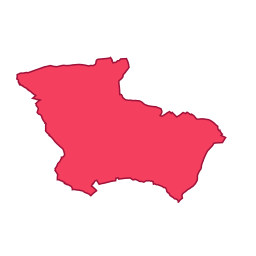 the district of Zau De Campie, Mures, Romania, rotated 341°
{"feature_id": "2599482B76504610301788", "entity_name": "Zau De Campie", "entity_type": "district", "adm_level": 2, "iso_a3": "ROU", "parent_name": "Romania", "parent_adm1": "Mures", "projection": "robinson", "projection_center": [24.155, 46.61], "detail": "fine", "context": "isolated", "style": "filled", "palette": "rose", "viewbox_px": 256, "rotation_deg": 341, "n_neighbors": 0, "source": "geoboundaries", "source_scale": "gbopen_adm2", "svg_char_len": 5729}
<svg xmlns="http://www.w3.org/2000/svg" viewBox="0 0 256 256"><g transform="rotate(341 128 128)"><path d="M151.2,214.9L151.6,214.5L153.7,213.1L156.2,212.2L156.6,212.1L156.7,211.7L156.8,210.4L156.9,209.8L157.0,209.5L157.4,208.9L157.8,208.4L158.1,208.1L158.6,207.8L160.3,207.1L161.4,206.9L162.7,206.4L164.0,205.8L167.1,205.2L168.4,204.7L169.6,204.4L170.3,204.3L171.4,203.7L173.1,202.8L174.3,201.9L175.9,200.5L176.4,199.9L177.2,198.4L177.7,196.7L178.0,195.9L178.5,195.1L179.0,194.5L180.4,193.0L181.2,192.2L182.9,190.9L183.2,190.8L183.5,190.5L184.2,189.5L184.6,188.9L185.5,186.9L187.1,184.8L188.2,183.6L189.3,182.1L192.7,178.4L195.0,176.2L196.0,175.4L199.1,173.8L202.2,172.1L203.6,170.9L203.9,170.6L204.5,170.4L206.8,170.9L210.6,172.0L212.6,172.5L217.2,168.8L213.6,165.3L215.2,164.5L214.9,164.0L214.6,163.2L214.1,161.2L214.1,160.6L213.9,160.9L212.9,159.4L212.8,158.9L212.8,158.1L212.9,157.0L213.4,155.6L213.1,155.2L212.5,154.3L211.6,152.6L211.1,151.5L209.3,148.8L207.7,147.1L207.0,146.4L206.4,146.1L203.1,144.4L202.2,143.9L200.5,143.3L197.6,142.6L196.1,142.0L195.8,141.8L195.6,141.4L194.4,138.2L194.0,137.5L193.2,136.4L192.6,135.6L191.9,136.0L190.0,133.7L189.5,132.9L189.1,132.4L188.8,132.3L187.9,132.7L187.3,133.1L187.1,133.0L185.9,132.0L185.1,131.3L183.9,131.7L182.5,132.2L180.8,132.8L177.7,133.4L174.8,127.6L173.6,128.2L172.7,126.0L169.7,126.5L168.6,126.8L168.3,127.0L167.6,127.2L166.3,127.4L164.5,127.9L164.0,127.9L163.2,127.4L162.4,126.7L164.4,125.1L165.2,123.9L165.3,123.6L165.5,122.9L165.5,122.4L165.4,121.2L165.5,120.7L164.6,119.8L162.5,118.1L161.7,117.3L161.2,117.0L158.3,115.7L154.8,113.9L154.1,113.4L152.9,112.4L151.8,111.6L151.0,110.6L149.7,108.3L148.7,107.1L147.6,106.1L146.9,105.7L146.0,105.4L145.2,105.0L144.2,104.5L140.5,103.3L140.4,103.1L139.7,102.6L137.1,101.8L136.2,101.2L135.2,100.8L134.7,100.3L134.4,99.9L133.8,98.9L133.2,98.1L132.9,97.6L133.0,97.4L132.9,97.1L133.0,96.3L132.9,95.6L132.9,95.1L132.7,94.7L132.6,94.4L132.1,93.9L132.2,94.3L131.1,93.7L132.5,89.0L133.3,85.8L133.8,83.3L134.7,80.5L135.7,80.1L136.5,79.8L137.1,79.5L137.6,79.4L138.1,79.2L140.0,77.8L140.5,76.5L140.9,76.0L142.4,75.2L143.6,74.5L145.4,73.2L146.2,72.8L148.8,70.9L148.8,69.8L149.3,67.9L149.3,67.2L149.4,65.1L149.1,61.9L146.0,61.0L143.5,60.3L142.6,60.9L141.9,61.2L141.6,61.4L141.2,61.4L140.3,61.1L139.9,61.1L139.4,61.3L138.8,61.7L138.0,62.0L136.9,61.6L136.2,61.6L135.1,61.6L135.1,61.2L134.7,59.5L134.9,59.5L134.9,59.1L135.1,58.7L135.0,58.0L134.5,55.9L134.4,56.0L130.4,55.3L122.2,53.3L121.3,53.3L120.9,53.4L120.1,53.9L119.6,54.5L118.7,56.3L118.1,56.9L117.8,57.1L117.2,57.4L115.8,57.6L115.1,57.5L114.7,57.4L113.0,56.7L112.5,56.6L111.0,56.6L110.9,56.5L108.9,55.2L107.3,54.3L104.8,53.0L102.1,51.9L95.6,50.2L94.7,50.2L91.2,49.3L90.2,49.0L87.8,47.9L86.9,47.6L85.6,47.4L80.7,46.9L80.2,46.7L77.9,45.6L74.9,43.7L70.7,43.3L69.6,43.1L69.2,43.0L51.6,43.2L51.0,43.0L50.2,42.5L48.5,42.2L47.5,42.2L45.4,41.5L43.8,41.1L41.9,41.4L40.6,41.4L39.8,43.8L39.6,44.1L38.8,45.4L39.5,46.0L39.8,46.5L39.8,47.6L39.4,48.5L39.3,49.0L39.5,49.5L39.9,50.1L40.1,50.4L40.1,50.7L39.5,50.7L39.5,51.1L39.8,51.2L39.8,51.6L40.2,51.6L40.1,52.3L40.7,52.3L42.1,53.7L41.9,53.8L42.7,54.9L43.6,56.0L45.0,57.4L45.1,57.6L45.2,58.1L46.0,59.1L45.8,59.2L46.3,60.0L47.5,61.4L48.3,62.5L48.8,63.7L51.3,67.3L47.5,68.9L49.6,70.1L49.9,70.4L50.6,71.1L53.1,72.3L54.1,73.0L52.8,73.2L52.0,73.4L48.8,74.9L49.0,75.1L49.0,75.5L48.6,76.4L48.6,76.7L48.6,77.1L49.2,78.7L49.5,79.4L49.5,80.1L49.5,80.4L49.2,81.0L48.7,81.6L47.7,83.0L47.2,83.6L47.7,85.1L48.0,85.7L48.5,86.1L49.3,86.7L49.7,87.3L50.2,88.7L50.0,90.2L50.1,91.3L50.4,93.2L50.7,94.4L51.3,95.8L51.2,96.1L51.1,96.3L51.5,96.3L51.8,96.8L51.8,97.2L51.8,97.5L51.4,97.9L51.1,98.5L51.0,98.9L50.2,101.0L49.9,102.2L49.7,102.8L49.3,103.2L49.2,103.8L49.2,104.2L50.0,106.3L50.8,107.7L51.6,109.0L51.0,109.4L52.4,111.4L53.4,113.7L54.1,115.8L54.3,116.4L54.6,117.3L56.0,120.2L57.1,122.1L57.9,123.7L59.5,126.2L59.7,127.3L59.8,129.2L59.7,130.0L59.5,132.2L59.2,132.8L58.5,133.5L58.1,133.8L57.0,134.2L56.5,134.2L55.5,134.0L55.4,135.3L54.8,135.3L54.6,135.4L53.0,137.2L52.2,137.7L50.1,138.7L48.6,140.4L47.3,141.7L46.7,142.1L45.9,142.5L45.7,143.9L45.5,144.2L45.2,144.4L45.8,146.4L46.4,149.2L46.0,149.9L45.4,151.1L44.3,153.9L46.2,154.6L46.2,154.8L46.9,155.6L48.4,156.8L48.8,157.2L50.5,159.2L49.9,159.7L51.9,161.7L52.2,161.4L54.4,163.7L55.1,164.5L55.5,165.4L55.6,166.5L55.6,167.3L55.3,168.2L56.5,168.4L57.4,168.8L58.9,169.6L61.8,171.0L63.0,171.8L64.8,172.8L65.9,174.5L67.6,176.0L68.6,176.8L69.4,177.5L69.6,177.7L70.2,178.9L70.8,179.9L74.2,178.3L76.5,177.5L77.9,177.1L77.7,176.4L75.9,173.0L75.3,171.9L74.6,170.9L75.5,170.1L76.2,169.3L76.5,169.1L76.7,169.5L78.1,168.6L79.2,167.4L81.4,167.3L82.4,171.8L85.4,172.0L86.7,172.3L95.1,173.0L97.4,173.4L99.2,173.8L100.3,171.5L102.7,172.1L102.6,173.3L108.6,174.5L110.7,175.1L113.8,176.0L115.6,178.5L116.6,178.9L117.5,178.9L117.8,178.7L119.1,179.7L119.9,180.4L120.6,181.1L121.1,181.8L121.7,182.3L122.6,182.7L123.3,182.9L123.9,183.2L125.1,184.2L125.7,184.3L127.5,183.9L128.1,183.9L128.5,183.9L129.6,184.5L130.4,184.5L130.9,184.7L131.2,184.9L132.1,185.6L132.9,185.8L133.2,186.0L134.0,186.7L134.3,186.9L134.0,188.0L134.1,188.4L134.1,188.6L133.7,189.1L133.8,189.4L133.9,189.5L134.0,189.5L134.5,189.4L135.1,189.5L135.4,189.8L135.9,190.4L136.2,190.7L138.1,191.5L138.5,192.0L140.1,193.3L140.7,193.7L141.0,194.1L141.4,194.5L142.0,195.3L142.4,196.0L143.8,196.5L144.0,197.0L144.3,197.6L144.3,198.2L144.2,199.3L144.1,200.3L144.1,200.6L144.4,201.8L144.8,202.3L145.5,202.9L145.6,204.5L145.8,205.1L145.9,205.6L146.1,206.0L146.6,206.5L146.7,206.8L148.0,208.3L148.4,208.9L148.8,209.9L149.0,210.1L149.9,210.6L150.3,210.8L150.6,211.1L151.5,212.3L151.6,212.6L151.7,213.3L151.6,213.9L151.2,214.9Z" fill="#f43f5e" stroke="#9f1239" stroke-width="1.5"/></g></svg>